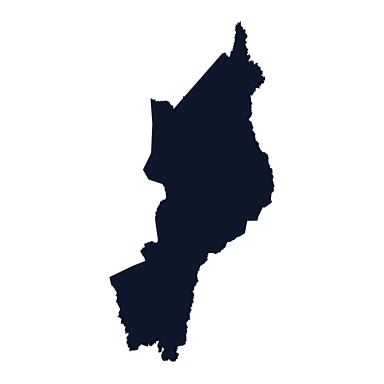 the district of Penonomé, Coclé, Panama
{"feature_id": "35544464B54827397349612", "entity_name": "Penonomé", "entity_type": "district", "adm_level": 2, "iso_a3": "PAN", "parent_name": "Panama", "parent_adm1": "Coclé", "projection": "robinson", "projection_center": [-80.285, 8.68], "detail": "fine", "context": "isolated", "style": "filled", "palette": "ink", "viewbox_px": 384, "rotation_deg": 0, "n_neighbors": 0, "source": "geoboundaries", "source_scale": "gbopen_adm2", "svg_char_len": 6011}
<svg xmlns="http://www.w3.org/2000/svg" viewBox="0 0 384 384"><path d="M164.7,350.2L163.0,352.3L161.9,355.9L162.6,358.4L163.7,360.1L167.3,359.8L168.4,358.3L169.2,358.1L171.3,360.4L173.1,361.0L173.9,359.9L174.9,360.6L175.7,358.3L176.8,358.3L175.5,354.4L176.3,354.4L177.1,355.5L177.1,354.7L178.0,354.7L177.6,354.1L178.0,353.2L177.2,354.0L176.0,353.7L175.5,351.1L174.7,350.4L174.4,349.1L175.6,349.7L175.4,348.6L176.0,349.2L175.9,348.4L176.8,348.4L176.4,347.6L177.2,345.9L181.0,344.9L182.0,345.1L184.9,343.6L184.4,342.6L185.7,340.3L185.4,334.4L186.5,331.1L186.4,330.6L185.8,330.6L185.5,328.7L186.3,328.6L187.0,327.0L186.3,326.3L185.4,322.6L187.5,320.2L188.0,318.8L189.3,319.0L188.9,317.3L189.2,316.3L188.6,315.7L189.0,314.5L188.3,313.4L189.5,312.3L188.5,311.9L188.9,311.1L190.2,310.9L190.7,310.2L190.7,309.6L189.9,309.8L189.9,306.0L190.9,306.4L191.5,305.9L190.7,305.1L191.3,304.3L191.1,303.4L192.5,302.5L192.9,301.4L191.9,299.7L193.2,297.3L192.3,296.3L193.5,295.2L192.7,292.9L191.8,293.0L191.3,291.6L192.4,290.8L193.5,288.9L193.0,287.9L193.9,286.5L193.7,285.7L195.5,284.8L195.7,282.7L197.6,281.1L197.5,280.1L196.1,279.8L196.9,277.9L196.2,276.3L196.6,273.3L197.2,272.9L196.9,271.7L197.9,270.2L198.7,270.0L198.3,268.8L199.1,267.6L198.9,266.2L199.5,266.1L199.8,265.0L200.6,265.0L204.1,262.6L204.6,261.5L205.7,260.7L205.4,260.1L206.8,259.8L206.5,256.9L207.0,256.4L206.5,255.6L207.5,254.3L207.0,253.8L207.3,253.1L208.5,252.3L211.9,252.1L213.5,252.3L215.4,253.3L216.7,252.8L217.2,251.9L220.0,251.5L220.3,249.6L221.1,249.6L221.8,248.7L222.7,248.8L222.6,248.2L223.4,247.4L224.2,247.4L225.3,245.7L225.1,244.7L225.9,243.8L226.0,242.3L228.0,241.1L230.0,241.2L233.1,239.1L233.9,239.1L236.8,236.3L239.1,235.9L244.2,232.7L246.6,220.1L256.8,219.9L257.3,217.1L262.4,206.4L264.5,206.8L271.1,202.0L270.3,200.1L270.2,196.9L270.7,195.8L270.2,195.0L271.4,192.2L272.8,191.1L273.2,189.1L272.7,188.6L272.7,187.2L273.7,186.3L271.7,179.3L272.7,177.5L272.7,176.5L271.8,174.8L270.7,174.1L271.0,172.4L271.8,172.6L271.5,169.2L269.1,168.4L269.4,166.2L268.0,163.8L267.5,160.6L267.8,158.3L267.0,158.1L267.7,157.4L266.9,156.2L267.3,155.3L266.1,155.1L265.9,154.1L264.3,152.9L263.1,153.2L261.9,152.4L259.2,149.3L259.4,148.5L258.2,147.4L258.2,146.3L257.6,146.5L257.5,145.2L256.7,144.5L256.7,143.9L258.2,144.1L258.0,143.3L257.2,143.1L256.8,141.8L254.7,141.6L255.1,139.1L254.5,138.8L254.4,137.2L253.5,136.9L253.2,136.1L254.2,135.9L254.0,135.2L254.7,134.5L252.8,131.7L252.2,131.6L251.5,129.3L252.4,128.2L252.5,127.0L251.9,126.4L251.4,124.0L250.6,123.4L250.9,122.3L249.0,121.4L247.8,119.0L250.4,116.1L251.5,113.0L250.5,112.5L250.9,110.8L250.4,109.1L250.9,106.8L249.8,103.7L251.4,104.0L251.5,103.6L250.3,101.5L250.2,98.0L249.8,96.6L249.1,96.1L249.5,95.0L250.5,94.7L250.5,93.4L251.8,94.6L253.4,92.0L253.6,90.7L255.0,90.5L254.7,88.2L257.0,86.9L258.8,87.6L258.4,84.2L258.9,82.7L260.1,85.0L261.7,81.3L262.2,82.1L261.7,83.0L263.3,82.5L263.4,81.5L262.5,80.6L263.2,79.7L264.3,79.7L264.4,77.5L261.5,78.2L262.3,76.3L260.7,76.3L260.2,75.3L260.5,74.4L262.0,73.4L261.2,72.7L261.9,71.7L259.7,70.2L259.8,67.7L258.1,67.3L257.3,65.8L256.4,65.6L257.0,63.7L256.3,63.6L255.1,65.1L253.8,65.4L253.1,65.0L253.0,62.5L252.0,63.6L251.1,63.1L251.7,61.3L250.2,61.7L248.6,62.9L247.7,62.1L248.0,59.9L249.8,56.8L249.3,55.4L247.5,56.5L245.7,54.5L247.1,52.5L246.2,52.0L245.8,51.0L246.8,50.8L247.4,49.7L245.6,47.6L244.9,45.1L244.3,44.7L244.5,43.5L246.0,42.4L244.0,40.2L246.7,36.7L246.1,34.6L244.3,33.6L244.8,30.3L244.4,29.9L243.2,30.9L242.5,30.6L242.1,30.0L242.3,28.0L240.2,26.3L240.1,23.0L239.7,23.5L238.3,23.3L238.0,25.3L236.5,25.4L236.9,26.3L235.9,27.4L236.6,29.1L235.7,29.9L236.6,31.3L236.9,33.7L235.6,34.9L236.0,35.4L235.7,36.3L236.2,35.9L236.6,36.9L235.4,37.8L235.6,39.3L236.4,39.8L235.3,40.9L235.5,42.1L234.6,43.1L234.4,46.1L233.8,46.6L234.2,48.4L233.4,48.7L233.4,51.0L232.6,51.4L232.6,52.1L231.6,51.8L231.3,52.3L231.2,54.8L230.1,57.6L229.1,57.6L228.9,58.2L228.2,57.5L227.4,57.6L227.0,56.1L225.9,56.1L225.1,53.4L222.7,54.1L184.3,97.9L183.8,97.5L183.8,98.4L172.9,111.0L172.4,106.2L170.3,105.7L168.8,102.6L166.9,101.6L164.2,101.5L163.1,102.2L161.4,101.5L160.1,102.4L158.1,101.7L155.4,102.5L154.6,100.2L153.0,100.7L152.0,100.1L151.3,98.7L153.1,123.9L151.8,153.4L143.8,169.7L149.1,178.9L163.0,183.4L164.1,185.6L165.4,186.7L165.4,189.7L166.6,192.5L166.5,194.9L167.0,195.8L166.1,200.7L165.6,201.1L165.5,199.8L164.0,200.9L163.1,200.4L161.7,202.7L160.8,202.2L160.0,205.5L159.1,205.9L159.2,207.6L158.3,207.5L157.6,208.7L157.5,211.7L156.1,212.6L156.7,215.9L155.8,217.0L156.0,220.8L158.7,240.0L158.0,242.9L156.6,243.5L153.7,243.2L152.9,242.2L151.4,241.8L150.6,242.7L147.9,243.1L146.3,244.3L145.6,244.0L144.9,244.7L145.8,246.8L145.0,247.6L144.8,250.0L143.2,248.5L142.9,249.7L141.3,250.6L141.1,251.5L142.3,253.0L142.7,254.6L144.9,256.8L146.2,261.4L133.2,266.5L110.3,277.5L112.0,284.8L113.3,285.6L117.4,291.8L117.4,293.8L116.6,295.3L117.7,296.3L117.9,297.3L116.9,301.9L118.2,302.7L118.5,304.5L120.1,307.1L120.9,309.9L119.3,312.7L120.1,314.7L118.7,316.5L120.0,316.8L121.8,318.4L123.3,319.0L122.0,320.2L121.6,322.9L122.3,322.7L123.0,321.0L123.8,322.0L124.7,322.0L123.3,323.0L123.7,323.8L125.0,324.2L124.7,325.4L126.2,325.7L126.1,328.3L125.5,330.0L126.3,331.6L126.1,332.7L128.7,331.6L129.3,332.0L129.2,335.3L127.3,337.4L127.2,338.3L128.3,339.2L127.1,342.5L128.4,344.6L129.8,344.0L130.2,344.6L128.6,346.5L129.4,347.2L130.6,346.5L131.2,347.2L131.2,348.3L129.9,349.3L130.3,350.4L132.4,349.5L133.6,349.8L137.2,349.1L137.7,348.3L137.3,346.7L138.8,345.8L141.0,343.3L142.7,344.1L143.8,343.3L143.9,344.6L145.1,345.1L146.0,343.9L146.6,345.5L147.2,345.7L147.7,344.8L147.0,343.0L147.4,342.5L149.4,343.1L149.9,344.9L151.2,345.4L151.7,344.8L151.1,343.0L151.5,342.3L152.1,342.3L152.8,343.8L153.4,343.4L153.5,342.3L152.4,341.0L152.9,340.1L153.4,340.0L155.3,342.4L155.7,340.5L156.9,340.3L155.8,339.4L156.8,339.0L160.1,341.1L158.1,345.2L158.3,346.7L159.6,348.8L159.0,351.6L159.9,351.8L160.9,350.9L161.2,347.4L162.3,346.6L163.6,347.0L164.7,348.8L164.7,350.2Z" fill="#0f172a" stroke="#020617" stroke-width="1.5"/></svg>